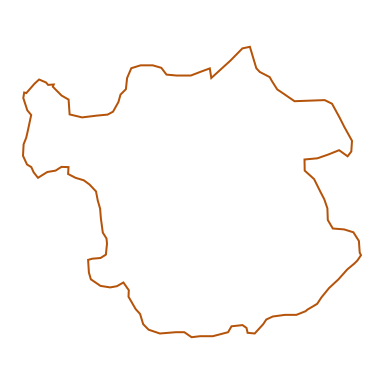 outline of Dromolaxia, Larnaca, Cyprus
{"feature_id": "46923920B21347225976460", "entity_name": "Dromolaxia", "entity_type": "district", "adm_level": 2, "iso_a3": "CYP", "parent_name": "Cyprus", "parent_adm1": "Larnaca", "projection": "equal_earth", "projection_center": [33.583, 34.885], "detail": "fine", "context": "isolated", "style": "outline", "palette": "amber", "viewbox_px": 384, "rotation_deg": 0, "n_neighbors": 0, "source": "geoboundaries", "source_scale": "gbopen_adm2", "svg_char_len": 1661}
<svg xmlns="http://www.w3.org/2000/svg" viewBox="0 0 384 384"><path d="M53.7,84.5L48.1,84.9L46.1,82.5L39.1,79.5L34.5,83.7L26.3,93.1L24.2,92.5L23.3,98.0L27.3,110.3L31.2,115.0L27.6,131.7L26.2,137.8L23.6,144.3L23.0,155.8L27.0,164.5L31.3,167.1L33.7,172.4L38.0,177.8L47.3,172.0L55.6,170.6L61.4,166.9L68.5,167.1L68.1,174.0L75.5,177.8L83.8,180.3L89.5,184.5L96.0,191.4L97.8,200.7L100.1,208.6L100.9,218.5L102.8,232.6L106.5,238.5L107.0,243.6L105.9,254.6L100.5,258.0L92.3,258.7L88.1,259.9L88.9,272.6L90.9,279.4L91.3,279.6L100.5,285.9L110.2,287.4L116.9,286.2L123.4,282.5L128.8,290.2L128.5,296.7L135.6,309.0L140.1,314.0L143.2,324.2L148.6,329.7L159.9,333.5L175.8,332.2L179.7,332.2L184.3,332.2L191.6,337.2L200.1,336.2L212.8,336.2L228.1,332.2L231.5,326.3L242.5,325.1L246.5,327.9L247.6,332.8L254.7,333.5L258.7,329.1L263.2,324.2L266.3,319.5L272.8,316.5L284.7,314.9L296.3,314.9L305.6,311.2L307.3,309.7L317.2,303.8L321.5,297.3L329.1,288.0L338.4,279.4L347.2,269.5L354.6,263.3L357.4,260.5L361.0,255.2L359.7,252.6L358.9,241.0L353.4,232.3L344.1,229.4L332.8,228.5L327.8,220.0L327.4,208.4L324.3,199.3L320.5,192.0L314.1,179.1L304.7,170.6L304.5,159.5L317.4,158.3L327.8,154.7L339.1,150.2L347.6,156.3L351.3,151.5L352.0,140.8L344.3,126.9L339.5,117.4L332.0,103.7L324.7,100.1L294.5,101.2L283.0,93.3L277.2,89.4L272.0,81.2L269.7,77.1L259.7,71.9L256.3,68.2L249.9,46.8L242.4,48.4L230.1,60.9L211.3,78.0L209.8,68.4L200.3,71.9L190.9,75.5L176.3,75.5L166.5,74.6L161.3,67.8L152.6,65.3L140.7,65.3L131.3,68.2L127.1,78.0L125.9,89.2L120.5,94.6L118.4,102.1L113.0,111.7L107.6,114.6L96.9,115.6L82.1,117.4L69.6,114.4L68.6,99.6L61.5,95.5L52.8,86.7L53.7,84.5Z" fill="none" stroke="#b45309" stroke-width="2"/></svg>